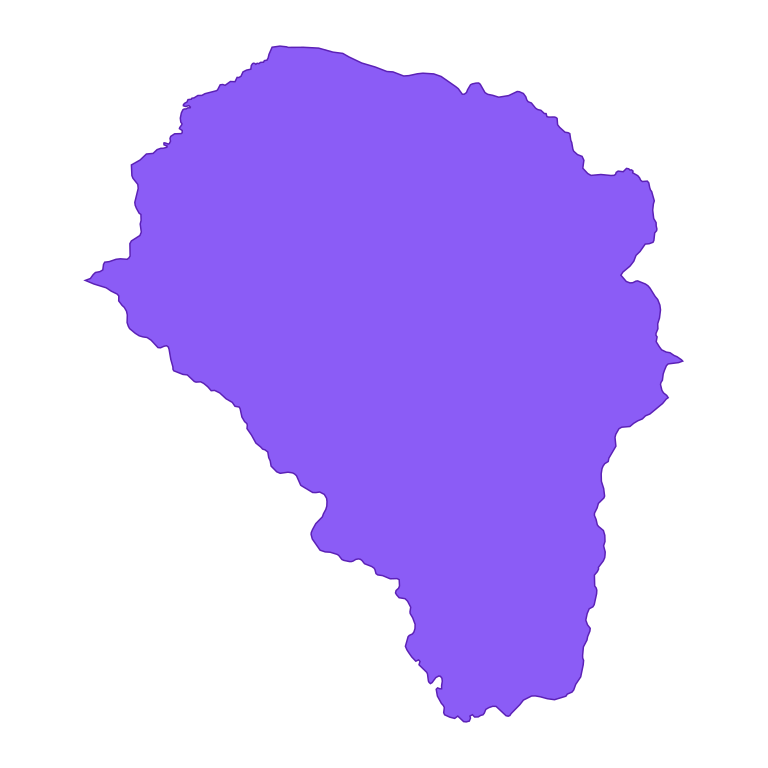 outline of Hatu-Builico, Ainaro, East Timor
{"feature_id": "22284137B50442427378542", "entity_name": "Hatu-Builico", "entity_type": "district", "adm_level": 2, "iso_a3": "TLS", "parent_name": "East Timor", "parent_adm1": "Ainaro", "projection": "mercator", "projection_center": [125.548, -8.944], "detail": "fine", "context": "isolated", "style": "filled", "palette": "violet", "viewbox_px": 768, "rotation_deg": 0, "n_neighbors": 0, "source": "geoboundaries", "source_scale": "gbopen_adm2", "svg_char_len": 6054}
<svg xmlns="http://www.w3.org/2000/svg" viewBox="0 0 768 768"><path d="M454.7,718.4L457.8,716.1L463.6,721.6L466.2,721.9L469.3,721.1L470.5,718.1L469.9,716.1L472.4,714.7L474.6,717.0L478.2,716.9L480.7,715.4L483.0,714.8L484.3,713.1L485.8,709.4L488.9,707.6L492.7,706.3L496.1,706.4L506.0,715.7L508.2,716.2L509.9,715.5L511.1,713.6L519.9,704.6L523.4,700.1L531.6,696.0L535.3,695.9L540.4,696.8L547.3,698.7L554.5,699.7L565.9,696.2L567.3,694.1L572.0,692.1L573.7,690.0L575.7,684.4L580.7,676.9L583.2,664.8L583.6,660.4L582.7,658.1L582.6,655.6L583.4,646.9L587.0,640.0L587.6,636.7L589.9,631.1L590.2,628.3L587.5,624.8L585.8,620.1L587.2,613.5L589.2,608.8L592.9,606.8L594.2,604.7L596.6,593.7L596.8,590.2L596.2,588.0L594.7,586.0L594.4,575.1L597.3,571.7L598.6,569.0L598.4,567.4L603.3,560.9L604.7,557.7L605.0,555.3L605.2,552.0L603.6,545.8L605.0,541.5L604.8,535.3L603.4,530.5L598.6,526.5L597.3,524.8L596.1,519.5L594.4,515.4L594.5,513.1L597.1,508.0L598.4,503.4L603.9,498.0L604.6,496.1L603.7,488.6L601.4,481.3L601.2,473.8L602.0,468.7L603.0,466.2L604.7,463.7L608.2,461.5L608.9,458.1L615.9,446.2L615.0,437.4L615.8,434.3L618.9,428.8L621.7,427.2L629.9,426.5L633.7,423.3L637.8,420.8L642.4,418.9L645.5,415.8L649.9,414.0L662.7,403.4L666.2,399.1L668.2,397.7L666.7,395.4L663.5,392.9L661.9,390.3L660.5,384.5L660.9,382.6L662.4,380.2L663.2,374.0L664.5,370.2L666.4,365.7L668.2,363.9L678.6,362.6L682.7,361.1L681.5,359.8L677.0,356.7L674.1,355.5L670.0,352.7L666.3,352.1L661.6,349.8L659.3,346.7L656.2,341.7L657.1,336.9L656.0,335.3L656.0,333.4L657.9,328.8L657.7,323.8L659.5,318.0L660.5,309.9L659.9,305.1L657.7,299.5L655.1,296.4L649.9,288.0L647.9,285.7L645.4,284.0L637.7,280.9L636.0,281.1L632.8,282.7L630.0,282.9L626.3,281.5L620.9,275.2L622.9,272.1L630.1,266.0L633.8,261.2L636.0,255.4L640.1,251.4L645.2,244.1L649.2,243.7L653.0,242.3L653.9,240.4L654.7,232.9L656.6,230.7L656.9,229.0L656.2,225.9L656.1,222.6L653.7,218.5L652.7,210.1L653.4,203.9L654.3,200.9L651.7,191.6L650.5,190.0L649.7,187.6L648.8,182.9L647.3,181.1L642.3,181.5L640.7,180.3L639.6,177.9L637.8,175.7L632.7,172.8L633.0,171.1L631.6,169.9L629.9,170.0L628.7,168.8L626.5,168.4L623.2,171.7L618.1,171.1L616.2,172.4L615.6,174.2L614.3,175.3L611.0,175.5L600.9,174.5L591.0,175.4L587.7,173.5L582.8,168.2L583.9,160.3L582.1,156.4L577.5,154.6L573.7,151.2L572.9,149.3L571.7,142.4L570.8,140.4L569.8,133.6L568.1,132.7L565.0,132.2L559.6,127.3L557.6,124.7L557.1,118.4L555.8,117.4L554.3,117.0L548.7,117.1L546.9,116.6L546.1,113.6L544.3,113.5L540.9,110.3L537.6,109.5L535.5,108.1L531.4,103.0L528.1,101.7L526.8,99.9L525.8,96.8L523.4,93.5L519.3,91.7L517.2,91.5L508.6,95.6L498.7,97.2L492.7,95.3L487.7,94.3L485.0,92.6L480.2,84.2L478.7,83.0L476.0,83.1L472.3,83.9L470.5,84.8L467.6,89.7L466.5,92.5L464.3,94.2L462.3,94.2L458.3,88.7L455.8,86.7L441.2,76.5L433.8,73.9L422.9,73.2L417.3,73.8L409.0,75.6L403.7,76.0L393.0,71.9L386.9,71.5L375.2,67.0L361.7,63.0L348.7,56.8L342.8,53.4L332.9,52.1L318.6,48.1L303.6,47.3L288.2,47.4L286.4,46.8L279.9,46.1L272.1,47.2L269.0,54.3L268.1,58.1L266.9,60.2L264.4,60.6L263.5,62.2L260.4,62.4L259.0,63.6L257.1,63.3L255.8,64.3L254.9,63.5L253.6,63.2L252.6,63.6L251.3,65.5L250.8,69.2L246.5,70.1L243.0,71.9L241.0,76.3L238.9,77.5L237.1,77.4L235.0,81.7L230.4,81.5L225.1,85.3L222.8,84.5L220.2,84.8L217.6,89.8L216.5,90.7L204.9,93.7L201.9,95.4L197.9,95.5L194.0,97.9L191.9,98.2L191.3,99.2L188.0,99.6L187.0,102.0L184.6,103.3L183.8,104.2L183.3,105.0L183.4,105.8L185.7,106.5L188.8,105.6L190.4,107.1L190.2,107.7L187.7,107.9L186.2,108.9L184.2,109.0L183.0,109.6L181.4,112.8L180.3,118.1L180.8,122.1L181.9,123.6L181.8,124.7L179.7,127.6L179.4,128.7L182.2,130.5L182.2,132.7L181.2,133.6L174.6,133.8L170.7,136.4L170.0,138.5L170.5,141.2L169.3,143.6L168.3,144.0L165.3,143.0L164.1,142.8L163.9,143.1L164.0,144.8L167.1,146.1L166.8,147.3L163.1,148.3L160.8,148.3L157.1,149.6L153.1,153.4L146.4,154.0L140.1,160.0L131.4,164.9L131.9,175.6L132.9,178.2L137.8,184.4L138.2,188.4L134.8,202.4L135.2,205.3L136.5,208.5L139.2,213.3L140.9,214.4L141.1,220.4L140.2,224.0L141.3,232.1L139.9,235.5L131.4,240.9L129.9,243.6L130.1,256.0L129.0,257.8L127.2,259.3L120.3,258.8L116.0,259.3L109.3,261.6L104.7,262.2L103.5,264.4L102.8,269.9L100.0,271.6L95.4,272.5L93.2,274.6L90.4,278.5L85.3,280.4L93.9,284.0L106.2,287.8L111.3,291.2L117.2,294.1L118.8,296.0L118.7,300.9L122.1,305.4L124.3,307.4L126.5,311.2L127.3,314.9L127.1,322.6L128.3,326.2L129.6,328.6L135.1,333.2L139.2,335.8L143.0,336.9L147.1,337.5L151.1,340.2L158.0,347.6L160.5,347.8L163.9,346.3L166.5,345.7L168.3,347.0L169.1,349.4L170.8,359.4L172.9,366.9L173.0,369.4L173.8,370.8L182.9,374.4L187.3,374.9L194.3,381.5L196.0,382.1L200.6,381.8L203.7,383.4L207.8,386.8L211.2,390.7L214.6,390.4L219.7,392.9L226.1,398.8L232.3,402.4L235.0,406.3L239.1,407.0L240.1,408.6L241.9,417.0L244.6,421.6L246.8,423.5L247.3,425.1L247.0,428.6L251.5,435.1L255.9,443.1L260.6,446.9L262.6,449.1L265.1,449.9L267.8,452.0L268.7,457.6L270.2,460.8L271.1,466.1L276.7,471.8L280.2,473.3L288.0,472.2L292.6,472.9L294.5,473.9L296.5,475.7L300.7,485.2L302.0,486.1L312.7,492.5L315.9,492.6L319.7,492.0L324.3,494.4L326.6,498.3L327.0,501.6L326.8,506.1L325.8,509.4L323.4,513.9L322.4,516.8L315.8,523.6L312.6,529.4L311.3,532.5L311.1,534.4L312.3,539.0L320.1,550.2L325.2,551.9L330.1,552.2L337.2,554.4L338.7,555.4L341.9,559.5L343.9,560.4L349.6,561.6L351.3,561.6L353.0,561.1L355.8,559.4L358.5,558.9L360.4,559.3L362.0,560.5L364.5,563.7L371.7,566.5L374.0,568.1L374.9,569.5L376.0,573.6L377.7,574.9L382.6,575.6L390.2,578.8L397.1,578.6L399.2,579.7L399.5,586.0L398.6,588.2L396.1,590.5L395.5,592.9L396.5,594.7L399.1,597.7L405.1,598.7L407.6,601.2L410.7,607.2L410.0,611.8L410.2,613.6L412.7,617.8L415.1,624.3L415.0,628.5L414.0,631.8L412.5,633.9L409.3,635.4L408.1,636.7L405.4,646.3L406.9,649.8L408.9,652.9L411.8,657.0L415.8,661.2L418.6,659.9L420.0,661.4L419.0,664.8L426.7,672.3L427.5,674.0L428.4,681.0L429.0,682.3L430.4,683.6L432.1,682.6L435.8,677.6L438.8,676.0L440.4,676.3L441.9,678.2L442.3,681.2L441.6,685.6L441.6,688.8L440.0,688.8L437.6,687.9L436.2,689.3L437.4,696.1L441.4,703.4L443.3,705.5L444.3,707.5L443.7,712.7L444.6,714.8L449.9,717.2L454.7,718.4Z" fill="#8b5cf6" stroke="#5b21b6" stroke-width="1.5"/></svg>